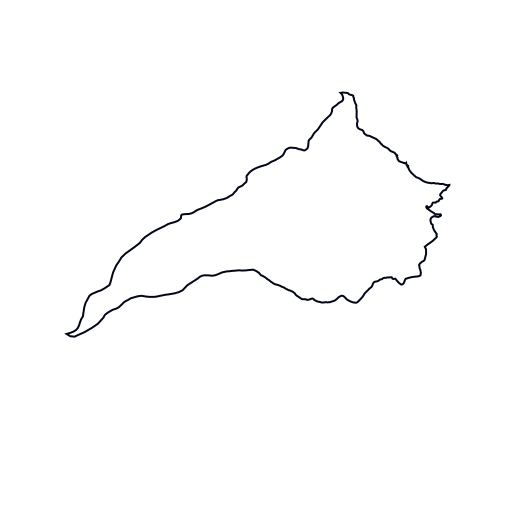 Nariño, Nariño, Colombia (Mercator projection), rotated 60°
{"feature_id": "7082276B37445492905123", "entity_name": "Nariño", "entity_type": "district", "adm_level": 2, "iso_a3": "COL", "parent_name": "Colombia", "parent_adm1": "Nariño", "projection": "mercator", "projection_center": [-77.354, 1.269], "detail": "fine", "context": "isolated", "style": "outline", "palette": "ink", "viewbox_px": 512, "rotation_deg": 60, "n_neighbors": 0, "source": "geoboundaries", "source_scale": "gbopen_adm2", "svg_char_len": 5971}
<svg xmlns="http://www.w3.org/2000/svg" viewBox="0 0 512 512"><g transform="rotate(60 256 256)"><path d="M228.8,459.0L232.7,456.9L235.2,453.3L235.4,450.1L236.2,442.8L236.2,434.0L235.6,426.8L233.1,419.0L231.5,416.4L231.1,414.2L230.9,410.9L230.9,408.0L231.0,406.5L231.5,404.4L231.8,402.6L231.7,399.8L231.5,399.2L231.1,397.3L229.9,392.9L230.1,387.8L230.0,385.6L231.6,379.1L232.7,376.1L233.6,374.6L236.3,371.3L238.4,368.3L240.9,363.8L241.8,361.3L242.6,358.8L244.3,353.8L245.6,350.7L247.7,345.0L248.7,340.8L249.0,336.8L247.0,330.1L246.4,318.2L245.9,314.6L246.1,312.7L246.9,310.3L249.3,306.4L251.1,304.0L252.2,301.2L252.6,299.2L253.3,293.4L254.7,289.1L256.0,286.4L257.1,283.8L258.1,281.8L259.7,278.2L261.7,275.2L263.2,272.4L265.4,267.4L266.5,265.2L269.0,263.4L272.0,261.9L275.2,261.3L276.5,260.2L279.0,258.8L282.0,257.6L283.2,256.9L285.9,255.9L287.0,255.2L288.4,254.7L290.5,253.2L291.9,251.6L294.3,249.7L295.6,249.0L296.3,248.3L297.7,247.3L299.0,246.7L301.9,244.8L302.4,244.2L305.4,242.0L307.7,241.1L309.8,240.9L310.9,240.5L312.9,239.4L314.0,238.9L315.9,238.0L316.6,237.4L318.3,234.6L319.2,234.0L319.8,233.2L320.3,231.9L320.9,228.6L321.5,228.0L322.2,227.7L323.2,227.5L325.8,225.8L328.3,223.1L329.3,222.2L330.5,219.7L331.0,218.4L332.0,217.2L332.3,216.2L332.8,215.5L333.1,214.4L333.7,211.5L334.0,210.3L333.7,207.6L333.1,205.5L333.0,204.8L333.1,202.0L333.7,201.0L334.5,200.3L336.6,199.6L338.9,199.1L341.9,197.4L343.7,196.0L345.3,194.5L345.5,194.0L345.9,193.6L346.4,192.9L346.6,192.3L346.7,191.3L346.1,188.9L345.7,187.6L345.7,187.2L345.4,186.3L344.6,184.0L342.7,180.5L341.3,175.2L340.9,174.1L340.9,173.5L340.6,171.5L340.3,171.3L340.1,170.5L338.3,168.3L337.7,166.9L337.7,166.0L338.6,163.4L338.7,162.1L338.4,160.7L339.0,158.5L338.8,156.8L339.1,155.7L339.9,154.3L340.3,152.8L340.7,152.2L342.2,149.2L343.7,149.1L344.5,148.7L345.3,146.7L346.7,146.5L350.2,145.8L352.2,145.1L353.2,144.6L353.7,143.8L353.7,142.3L352.8,140.8L351.4,139.2L350.6,137.8L351.0,135.9L351.7,133.1L352.5,130.7L354.7,125.8L355.0,124.5L355.0,123.2L352.9,121.6L350.4,120.7L348.0,120.3L346.6,119.6L345.3,119.3L344.5,117.8L344.0,115.2L344.1,113.6L343.8,112.1L339.4,107.8L337.9,106.9L335.2,105.4L332.4,105.2L331.8,101.4L331.6,98.2L331.4,97.3L331.4,96.6L331.3,95.5L330.4,91.7L330.3,90.9L329.7,89.7L328.3,89.4L327.4,88.5L326.6,88.6L322.5,88.9L319.5,88.4L317.5,87.4L317.2,87.4L316.0,88.0L315.1,88.0L312.3,87.1L311.0,86.0L310.5,85.0L310.4,82.5L310.5,81.9L313.3,78.7L313.5,77.6L313.6,76.3L313.5,75.9L313.3,75.5L312.6,75.2L312.1,75.4L311.6,76.6L310.0,78.9L309.6,79.8L309.3,80.0L307.9,80.4L303.8,82.6L301.7,83.4L300.5,84.1L299.2,84.2L298.8,84.1L298.3,83.7L298.2,83.4L298.3,83.0L299.9,82.6L300.4,82.0L300.5,81.3L300.2,79.1L300.0,78.6L298.4,76.5L298.3,76.3L298.3,75.9L298.5,75.5L299.0,74.5L299.5,74.1L299.6,73.6L299.2,72.5L299.4,71.9L299.8,70.8L299.8,70.5L298.9,69.1L298.6,68.4L298.7,67.8L299.2,66.7L299.3,66.0L299.1,65.8L298.5,65.7L295.9,66.2L295.0,65.9L294.6,65.4L293.1,61.3L293.1,60.6L293.7,58.4L293.5,58.1L292.7,57.4L291.5,53.3L291.1,53.0L290.6,54.4L290.5,54.9L289.6,55.6L289.0,56.6L288.1,57.2L286.9,58.2L286.3,59.6L285.2,61.1L284.0,62.4L283.1,64.1L282.7,64.6L281.5,65.7L280.9,67.4L280.7,67.8L279.8,68.7L278.3,70.7L276.7,72.3L275.2,73.3L274.2,74.0L272.9,74.5L271.0,75.5L270.6,75.8L269.8,76.2L268.2,77.6L267.7,77.9L266.4,78.4L261.8,79.8L258.9,80.2L256.6,80.1L255.9,79.9L254.4,80.2L254.2,80.1L254.2,79.9L254.4,79.4L254.1,79.2L252.8,79.7L252.5,80.0L252.3,80.1L250.5,79.4L250.6,79.7L250.5,79.9L250.2,80.4L249.7,80.8L249.7,81.3L247.9,82.6L246.9,83.6L246.0,84.2L245.7,84.6L245.4,84.7L243.7,84.9L242.9,84.9L241.8,84.4L241.6,84.5L241.1,84.3L240.2,84.4L239.9,84.3L240.0,84.0L239.7,83.5L239.6,83.4L238.9,83.5L237.9,84.1L236.6,84.2L235.9,84.4L235.2,84.8L232.6,86.8L231.1,87.4L229.7,87.7L228.7,88.0L227.5,88.7L226.0,89.8L224.0,90.9L223.5,91.1L222.3,91.2L221.5,91.6L221.1,91.7L219.3,92.0L218.7,91.9L217.4,92.6L216.3,92.8L215.1,93.2L209.1,97.4L207.5,99.0L207.3,99.6L204.5,100.8L203.5,101.0L202.3,100.7L201.1,100.7L199.9,101.1L198.3,102.6L196.4,103.6L194.5,103.6L192.0,102.5L190.2,100.7L189.7,100.4L187.8,99.9L186.1,99.6L184.3,98.4L184.0,98.3L181.8,96.9L179.9,95.9L177.7,95.1L175.9,93.9L174.9,93.6L173.6,93.7L170.4,93.1L169.1,92.8L168.1,92.2L166.6,92.1L165.8,91.7L165.2,92.0L164.4,92.6L163.8,93.4L162.7,94.4L162.2,94.7L161.4,94.8L160.9,95.0L159.8,96.2L159.4,96.9L157.9,98.9L157.0,101.2L158.0,100.9L159.0,100.8L160.0,100.8L162.2,101.3L163.2,101.7L163.9,102.2L164.5,103.0L164.8,103.8L164.9,104.8L164.9,108.4L165.4,109.9L165.7,112.4L165.8,114.3L166.2,115.8L166.5,116.3L168.8,118.0L169.9,119.3L170.6,120.4L171.0,121.2L172.4,127.2L173.5,131.3L177.3,139.1L178.5,143.7L179.0,144.9L180.6,147.6L181.3,149.0L181.9,151.6L182.5,152.7L183.1,153.2L187.1,156.0L188.1,157.1L188.6,157.8L188.9,160.0L188.9,160.9L188.7,161.4L188.0,162.3L186.5,163.4L185.5,164.7L184.9,165.4L182.5,167.4L179.3,172.1L178.9,173.5L178.8,174.8L178.8,176.4L179.2,177.7L181.7,181.4L182.3,183.0L182.6,185.5L182.6,188.9L182.5,189.6L182.6,190.7L182.4,193.5L182.1,195.1L182.1,197.1L182.3,198.7L182.1,201.6L180.8,206.8L180.0,211.3L179.8,213.4L179.8,216.4L180.2,219.1L180.5,220.4L181.3,222.3L181.8,223.8L182.5,224.5L185.1,225.7L186.0,226.4L187.1,227.6L187.2,228.7L188.2,232.8L187.9,236.8L188.2,238.1L189.0,239.4L189.7,241.1L190.0,242.6L191.1,245.4L191.0,248.5L191.2,252.4L190.9,253.6L190.6,255.6L189.2,259.7L188.6,261.1L188.4,263.0L188.2,271.2L188.0,275.5L187.6,278.7L186.9,283.2L186.8,285.0L187.0,288.0L186.9,289.6L186.6,291.3L186.0,293.2L184.0,297.1L183.2,299.0L183.2,299.8L183.7,300.7L185.7,302.1L186.2,304.0L186.5,306.1L185.9,309.9L185.1,312.6L184.4,316.0L184.3,321.0L183.7,328.8L183.6,334.7L184.0,340.0L184.1,342.2L185.0,346.3L186.6,350.0L187.6,357.4L188.6,367.7L190.0,373.3L192.3,377.5L194.4,381.9L198.8,388.0L206.5,395.7L207.9,397.6L208.3,403.8L208.2,407.9L207.6,410.4L206.8,417.2L207.1,420.0L211.5,427.2L214.5,430.3L221.8,436.2L223.4,439.1L225.5,441.7L227.5,443.8L229.2,446.2L230.1,448.7L230.2,452.0L229.7,455.2L228.8,459.0Z" fill="none" stroke="#020617" stroke-width="2"/></g></svg>